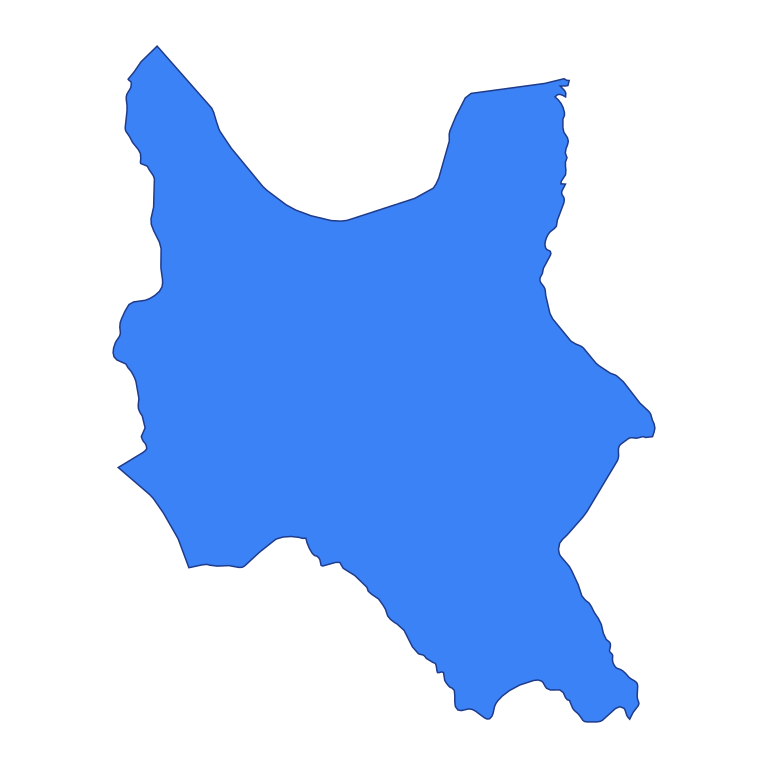 map outline of Cochabamba (Natural Earth projection)
{"feature_id": "BOL-1291", "entity_name": "Cochabamba", "entity_type": "Department", "adm_level": 1, "iso_a3": "BOL", "parent_name": "Bolivia", "parent_adm1": "", "projection": "natural_earth1", "projection_center": [-65.4, -17.184], "detail": "fine", "context": "isolated", "style": "filled", "palette": "blue", "viewbox_px": 768, "rotation_deg": 0, "n_neighbors": 0, "source": "natural_earth", "source_scale": "10m", "svg_char_len": 4828}
<svg xmlns="http://www.w3.org/2000/svg" viewBox="0 0 768 768"><path d="M118.2,467.5L143.1,452.4L145.4,450.5L146.8,448.6L146.2,445.5L145.1,443.3L143.3,441.3L142.1,438.9L141.3,436.6L145.1,427.9L142.2,415.8L140.7,413.7L139.2,410.7L138.4,408.4L138.2,405.4L138.9,398.4L136.0,381.8L134.8,378.3L133.4,375.4L131.0,371.2L128.0,367.7L125.9,364.0L117.0,360.0L114.0,356.8L113.1,352.7L113.6,348.0L115.2,343.2L116.1,341.3L119.5,336.3L120.3,333.8L120.3,331.7L119.8,327.2L120.2,322.6L121.6,318.6L125.2,310.8L129.0,304.5L133.7,301.9L145.3,300.3L149.8,298.5L154.9,295.4L159.4,291.4L162.0,286.9L162.6,283.1L162.5,279.4L161.0,268.8L160.9,265.8L161.1,248.6L159.4,242.1L153.6,230.5L151.3,224.4L151.0,218.7L153.6,207.2L154.4,178.9L153.3,175.7L149.2,169.7L147.6,166.7L146.7,165.9L140.7,163.5L140.4,162.0L140.8,158.4L140.4,153.4L138.3,149.5L132.6,142.5L129.6,136.7L126.1,131.6L125.4,129.9L125.2,127.6L127.0,110.9L127.0,105.2L126.3,99.8L126.2,97.2L126.8,94.5L128.3,91.7L129.8,89.5L130.9,87.1L131.3,83.5L131.0,82.0L130.3,81.2L129.4,80.7L128.6,79.9L128.1,79.2L134.1,71.9L141.1,61.7L157.1,46.1L211.7,108.1L213.7,112.4L216.6,122.2L218.9,129.0L220.0,131.4L231.2,148.1L262.9,186.6L267.1,190.5L286.1,204.8L295.8,210.1L310.9,215.7L331.3,220.6L340.9,221.1L347.1,220.4L414.6,198.4L433.2,188.2L435.9,184.3L438.8,178.0L449.3,141.1L449.2,134.1L449.9,130.8L456.0,116.1L465.3,97.9L471.1,93.4L544.9,83.4L564.1,78.7L566.7,80.3L569.2,80.5L567.9,85.5L565.6,86.0L560.2,86.0L564.6,90.6L565.8,93.1L565.6,96.9L562.9,95.4L560.2,94.4L557.6,94.6L555.0,96.9L558.2,99.8L561.0,103.4L563.1,107.6L564.4,112.4L564.5,115.2L563.9,116.8L563.3,118.0L562.9,119.4L562.9,127.4L563.8,132.1L567.5,137.8L568.3,141.3L567.5,144.9L566.0,148.7L565.3,153.0L567.0,157.7L565.4,162.3L565.5,166.3L565.9,170.3L565.5,174.8L561.3,181.2L560.9,183.8L565.5,184.1L562.1,190.6L561.6,192.7L562.0,194.6L563.8,197.4L564.3,199.7L563.9,202.8L557.9,218.8L557.6,219.3L557.4,219.9L556.4,226.2L554.6,228.3L550.2,231.8L548.3,234.1L546.6,237.4L545.4,241.0L544.9,244.7L545.7,248.1L547.1,249.8L548.9,250.5L550.3,251.4L550.9,253.5L550.4,255.2L543.4,268.3L542.4,273.4L540.1,277.7L539.9,280.5L540.8,282.7L543.8,286.7L544.9,288.8L545.3,290.9L545.7,295.3L549.9,313.4L552.7,318.9L570.9,341.1L575.5,343.9L579.7,345.6L581.7,346.6L583.6,348.2L595.8,363.0L598.7,365.5L610.1,373.1L615.2,375.0L617.0,376.1L623.4,381.8L639.9,403.1L648.7,411.3L649.9,412.8L650.8,414.5L652.5,420.4L654.1,423.9L654.9,428.2L654.0,432.4L652.5,436.7L649.4,437.0L645.8,437.5L643.6,436.7L641.9,436.8L637.7,438.0L635.9,438.2L632.1,437.7L630.3,437.8L628.1,438.8L620.8,444.2L619.3,445.9L618.5,448.6L618.4,450.8L618.6,456.0L618.2,458.3L617.5,460.5L586.8,511.8L582.7,517.3L566.8,535.3L562.5,539.4L559.7,543.1L558.5,549.3L559.3,553.8L560.5,556.1L569.3,566.4L571.8,570.9L578.2,584.7L581.8,595.8L584.6,599.3L586.2,600.9L588.8,602.8L590.1,604.5L591.6,607.0L594.3,612.5L598.3,618.4L601.3,624.4L603.4,633.4L606.2,639.4L608.8,641.5L609.8,642.5L610.4,643.9L610.4,646.4L610.1,648.1L609.6,649.6L609.5,650.8L609.9,651.9L612.1,654.2L612.7,655.6L612.5,659.1L612.6,660.8L613.0,662.8L614.4,665.5L615.4,667.0L616.4,667.9L617.2,668.3L620.7,669.6L622.8,670.9L625.5,673.3L628.7,677.0L630.6,678.6L634.9,681.1L635.8,681.8L636.5,682.6L637.1,683.4L637.2,683.5L637.4,684.5L637.7,686.2L637.2,695.2L637.3,697.6L637.6,699.3L638.9,702.9L638.8,704.2L638.1,705.9L633.1,712.4L629.7,719.2L627.9,717.2L626.8,715.4L625.0,709.9L624.0,708.3L619.9,706.7L615.5,708.5L602.4,720.3L600.1,721.4L596.9,721.9L587.2,721.9L584.5,721.5L582.8,720.2L579.7,715.7L578.0,713.7L574.3,710.4L572.7,708.3L569.9,701.6L569.6,700.5L567.2,699.7L565.5,697.6L563.3,692.6L559.8,689.9L550.5,690.0L546.6,688.3L545.3,686.6L543.1,682.6L541.6,681.1L538.0,680.0L533.6,680.5L519.8,685.0L509.4,690.6L502.1,696.2L497.7,700.9L495.9,703.5L494.5,706.7L493.1,713.3L491.9,716.3L489.6,718.8L487.0,719.0L484.4,717.8L475.6,711.2L472.2,709.4L468.7,708.9L461.3,710.6L457.9,710.0L455.4,706.6L454.8,702.0L454.8,695.8L454.3,690.4L452.1,688.1L449.9,687.2L447.8,685.0L445.9,682.4L444.7,680.3L443.5,672.5L441.5,671.9L439.3,672.6L437.5,672.6L436.8,670.1L436.6,668.2L436.2,665.9L435.6,663.9L434.8,663.1L433.0,662.5L426.3,658.4L424.6,656.1L423.6,655.3L422.4,654.8L419.5,654.2L418.4,653.7L412.4,646.8L404.1,630.4L397.2,624.1L394.0,622.1L390.5,619.4L387.7,616.0L385.5,609.4L383.2,605.4L378.6,599.0L371.8,594.4L368.3,591.3L366.9,587.3L354.9,575.6L343.2,568.3L339.8,562.4L335.6,562.4L322.8,566.0L321.1,565.4L319.9,559.8L318.6,557.6L316.7,556.1L314.5,555.5L312.3,553.4L309.4,548.5L307.0,542.7L305.9,538.3L302.0,538.3L300.0,537.6L297.7,537.2L291.1,536.5L283.3,537.0L278.2,538.4L275.7,539.3L260.1,551.7L255.9,555.5L244.8,565.8L242.7,567.1L240.9,567.4L238.7,567.4L228.9,565.6L217.3,566.1L209.8,565.2L208.2,564.7L206.4,564.4L202.0,564.9L188.9,567.7L178.1,538.7L163.4,513.0L153.4,498.6L149.9,494.8L118.2,467.5Z" fill="#3b82f6" stroke="#1e3a8a" stroke-width="1.5"/></svg>